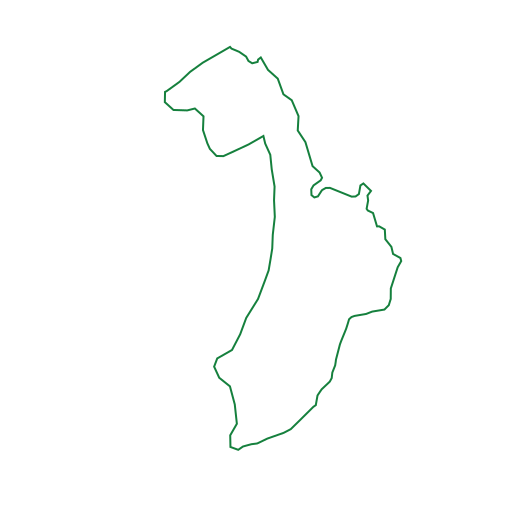 the district of Kosong, Kangwŏn-do, North Korea, rotated 20°
{"feature_id": "82179303B58420780140205", "entity_name": "Kosong", "entity_type": "district", "adm_level": 2, "iso_a3": "PRK", "parent_name": "North Korea", "parent_adm1": "Kangwŏn-do", "projection": "robinson", "projection_center": [128.195, 38.62], "detail": "fine", "context": "isolated", "style": "outline", "palette": "green", "viewbox_px": 512, "rotation_deg": 20, "n_neighbors": 0, "source": "geoboundaries", "source_scale": "gbopen_adm2", "svg_char_len": 1769}
<svg xmlns="http://www.w3.org/2000/svg" viewBox="0 0 512 512"><g transform="rotate(20 256 256)"><path d="M114.4,132.9L117.7,142.6L128.5,147.0L141.6,142.7L148.1,138.3L158.9,142.7L163.1,155.8L171.7,166.7L176.0,171.1L184.7,175.5L191.2,173.3L200.0,164.6L210.9,153.7L221.9,140.7L226.2,147.2L234.8,156.0L241.1,169.1L249.7,184.4L253.9,197.5L260.3,212.8L264.5,230.3L268.7,243.4L270.8,254.3L272.8,265.2L272.8,276.1L272.6,295.7L268.0,317.5L267.9,335.0L265.6,352.5L254.6,365.5L254.5,374.3L263.1,383.0L276.1,387.4L286.8,402.7L295.4,420.2L293.1,433.3L297.3,444.2L305.6,444.2L308.9,439.5L311.4,437.7L316.1,434.4L320.4,432.2L321.3,431.7L322.5,430.5L329.1,423.7L342.5,412.7L344.9,410.1L347.9,406.8L350.1,402.2L352.5,397.2L361.5,378.1L363.2,375.7L361.5,366.0L362.5,361.9L363.3,358.8L368.3,348.8L368.9,344.8L367.6,339.5L367.6,338.9L367.8,331.7L367.1,328.2L366.6,326.1L365.6,315.6L365.1,310.4L365.1,307.4L365.2,304.2L365.4,299.1L365.6,293.6L365.4,288.6L365.1,283.6L366.6,280.7L369.1,278.6L379.3,272.8L384.2,268.5L395.0,262.4L397.6,256.8L397.3,250.3L393.8,240.4L393.0,218.1L394.2,211.1L392.4,208.5L384.1,207.2L380.1,201.1L371.8,196.0L368.0,187.1L361.6,186.0L359.6,186.8L351.3,175.6L345.5,175.0L343.8,173.8L342.4,165.5L340.1,161.1L341.8,155.5L332.1,151.1L330.0,154.0L331.5,162.6L329.2,166.0L325.6,167.5L302.2,166.7L298.3,168.2L295.6,171.4L295.3,172.3L293.8,178.8L290.8,181.0L287.3,179.8L285.1,174.4L285.9,170.0L290.9,162.8L291.3,159.9L287.2,155.8L278.4,152.2L263.5,132.1L252.3,123.8L248.4,110.9L248.1,110.0L236.3,97.4L226.5,94.7L215.8,81.9L203.6,77.0L192.6,67.8L190.8,70.7L191.1,73.1L186.5,76.2L182.2,75.3L178.5,72.0L170.4,69.9L166.8,69.7L162.0,69.5L160.1,68.4L150.9,79.4L139.9,92.5L131.1,105.5L124.5,118.6L115.6,131.7L114.4,132.9Z" fill="none" stroke="#15803d" stroke-width="2"/></g></svg>